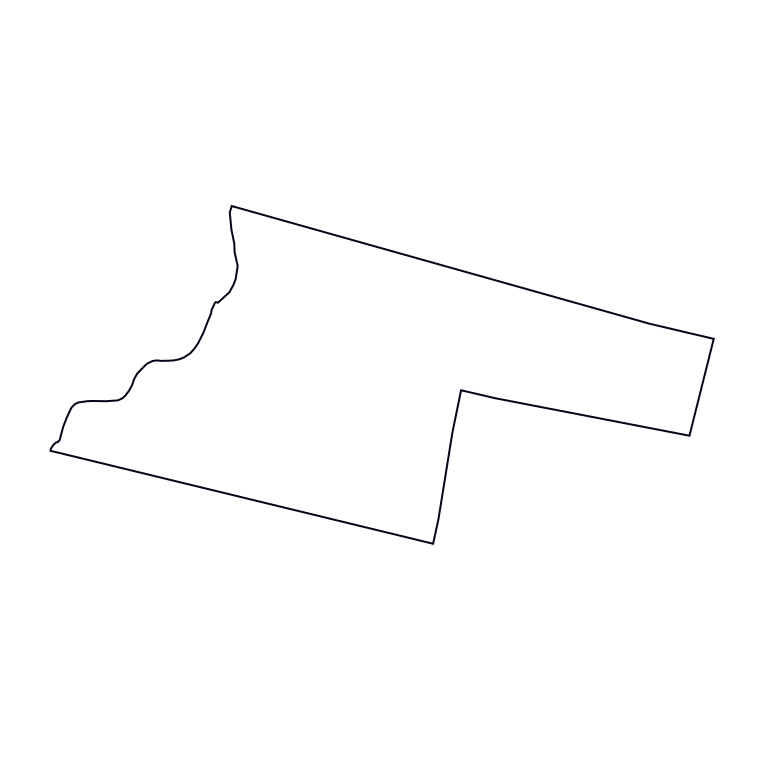 the district of Brown, Ohio, United States of America, rotated 100°
{"feature_id": "52423323B39524161644268", "entity_name": "Brown", "entity_type": "district", "adm_level": 2, "iso_a3": "USA", "parent_name": "United States of America", "parent_adm1": "Ohio", "projection": "equal_earth", "projection_center": [-83.851, 38.947], "detail": "fine", "context": "isolated", "style": "outline", "palette": "ink", "viewbox_px": 768, "rotation_deg": 100, "n_neighbors": 0, "source": "geoboundaries", "source_scale": "gbopen_adm2", "svg_char_len": 895}
<svg xmlns="http://www.w3.org/2000/svg" viewBox="0 0 768 768"><g transform="rotate(100 384 384)"><path d="M381.9,74.2L282.3,67.1L278.6,132.2L235.2,564.9L236.0,564.9L241.7,565.7L258.4,561.1L271.8,555.8L280.1,554.0L293.2,548.6L306.3,548.3L313.0,549.6L320.5,552.2L332.7,561.6L332.6,564.0L333.8,564.7L341.5,566.7L344.8,566.5L351.9,568.2L365.1,570.8L376.0,574.1L381.2,576.4L387.1,579.9L392.5,585.5L395.2,589.9L397.2,594.9L398.4,599.9L399.9,607.3L400.1,610.7L400.7,613.6L401.6,616.0L404.6,620.2L406.7,622.1L416.3,628.7L422.5,630.9L428.5,631.8L434.6,633.8L440.7,636.9L443.5,639.2L446.3,643.1L449.1,654.2L451.4,668.4L452.4,673.0L455.3,681.9L457.5,684.9L460.8,687.3L462.9,688.1L472.7,690.7L481.9,692.5L495.6,693.7L497.9,695.2L498.6,696.9L501.4,699.0L505.5,700.8L507.7,700.9L532.8,307.9L507.5,306.9L420.1,308.2L376.8,307.0L378.7,271.7L381.9,74.2Z" fill="none" stroke="#020617" stroke-width="2"/></g></svg>